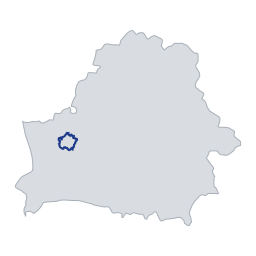 Dzyatlava, Grodno, Belarus shown in context
{"feature_id": "67162791B37208014069458", "entity_name": "Dzyatlava", "entity_type": "district", "adm_level": 2, "iso_a3": "BLR", "parent_name": "Belarus", "parent_adm1": "Grodno", "projection": "mercator", "projection_center": [25.377, 53.437], "detail": "medium", "context": "in_parent", "style": "outline", "palette": "blue", "viewbox_px": 256, "rotation_deg": 0, "n_neighbors": 0, "source": "geoboundaries", "source_scale": "gbopen_adm2", "svg_char_len": 5152}
<svg xmlns="http://www.w3.org/2000/svg" viewBox="0 0 256 256"><path d="M218.3,193.7L213.8,193.4L208.4,193.5L205.4,195.6L202.1,194.6L199.8,195.8L194.5,201.6L192.4,204.7L190.4,209.5L189.2,213.0L189.9,215.5L190.8,217.7L191.1,220.2L191.6,222.1L190.2,223.5L189.5,225.5L187.2,225.2L184.5,223.3L183.9,220.5L181.8,218.5L180.4,217.5L178.1,217.3L174.5,218.2L169.7,218.9L166.0,219.1L164.1,220.1L161.2,221.1L160.0,219.9L158.4,216.8L157.1,213.6L156.2,212.2L155.4,211.8L154.4,211.9L153.3,212.9L152.5,213.9L149.4,215.1L148.1,216.3L146.6,219.2L145.7,219.0L144.7,218.3L143.5,215.0L141.9,214.3L139.4,214.2L136.2,213.5L133.7,212.6L132.8,212.8L131.3,214.2L129.6,214.4L126.0,213.1L125.3,213.7L123.2,217.3L122.3,217.5L121.7,217.0L122.0,213.9L119.9,212.8L116.4,212.6L113.9,213.1L112.7,212.9L112.1,212.3L109.1,207.1L107.5,206.7L104.6,207.0L100.4,206.3L95.5,205.2L92.8,204.7L91.4,203.5L88.4,203.1L80.3,200.9L77.0,200.5L72.2,200.5L64.8,200.0L60.1,200.2L57.9,201.0L55.3,201.4L46.5,202.0L43.4,202.6L42.5,203.8L41.5,206.2L37.8,210.4L34.3,213.2L33.7,213.4L31.6,211.9L29.9,211.4L27.9,211.3L26.5,211.8L25.6,212.4L25.7,215.7L25.5,216.0L24.0,212.1L24.1,208.7L25.0,206.7L26.0,204.9L25.6,202.2L26.6,198.6L26.6,196.0L26.2,194.9L25.4,193.6L23.1,192.2L22.1,191.0L19.0,189.5L15.9,187.7L15.4,186.5L15.5,185.7L16.0,184.6L18.4,181.0L20.9,177.6L22.6,176.3L31.2,171.9L32.5,170.4L32.9,167.7L32.7,162.5L32.2,157.7L31.5,154.3L29.9,148.1L25.4,135.1L22.7,121.5L24.4,122.3L28.6,122.6L31.8,121.6L33.5,121.5L35.1,121.8L39.4,121.0L40.4,122.2L42.4,123.3L46.2,121.8L49.5,119.8L53.0,120.1L53.5,119.1L54.4,114.2L55.4,113.2L59.6,113.7L61.1,112.8L62.7,110.4L65.2,108.9L67.2,108.9L69.4,107.2L70.4,108.3L70.9,110.4L70.2,112.0L70.5,112.6L72.0,113.4L74.6,113.4L76.2,112.7L76.6,111.8L76.6,110.1L76.2,108.6L75.1,107.2L73.1,106.5L71.6,106.5L71.4,105.6L71.9,103.8L73.1,100.4L74.7,97.4L75.6,96.2L75.8,95.1L75.6,93.3L75.5,89.9L76.9,85.2L78.8,81.7L81.3,80.5L84.3,79.9L86.2,78.2L87.2,76.3L88.0,73.2L89.0,72.6L96.3,73.0L97.4,69.9L98.0,69.1L99.5,68.1L100.4,67.1L100.1,66.2L98.2,65.7L93.8,65.2L92.9,64.2L93.2,63.0L94.4,59.8L95.5,55.7L96.1,52.5L96.1,50.6L96.8,50.1L100.3,49.5L101.5,48.9L104.6,44.5L107.0,43.8L113.0,44.9L115.8,44.8L119.4,45.1L119.7,44.7L120.9,40.4L126.9,33.4L130.1,31.0L132.1,30.5L132.8,30.6L136.1,34.3L136.8,34.4L139.0,32.9L142.7,32.7L144.4,34.0L146.9,38.5L148.1,39.1L151.7,36.5L153.7,35.7L155.0,35.7L161.8,39.2L162.3,40.3L162.4,41.6L161.3,45.7L162.7,48.2L164.4,49.9L167.9,47.1L169.2,46.3L170.6,46.3L172.4,45.3L173.8,43.7L175.1,43.2L177.6,43.5L182.1,43.2L187.4,45.6L187.8,46.4L190.5,49.2L191.4,50.7L192.3,51.1L193.7,52.5L195.5,53.4L196.8,53.1L197.5,53.6L198.0,54.7L198.1,56.6L197.9,61.9L196.0,64.7L195.8,65.7L195.8,66.8L197.3,69.1L199.3,72.7L199.7,74.7L199.7,76.3L197.1,80.8L196.2,81.8L195.6,84.1L195.3,86.3L195.5,87.2L199.9,90.8L203.1,92.8L203.8,93.7L203.9,94.3L202.2,98.1L202.0,99.1L204.6,100.7L206.0,103.2L207.3,107.3L209.8,111.1L218.9,116.8L219.7,117.8L220.0,119.0L219.7,121.6L218.1,126.6L219.6,127.4L223.7,127.2L228.6,127.8L234.5,131.3L234.5,132.9L233.9,134.3L234.3,135.9L235.0,137.1L240.1,141.1L240.6,142.2L240.6,144.1L240.5,145.5L239.1,145.8L237.5,146.4L234.9,148.1L233.9,150.5L229.8,153.7L227.2,155.2L225.2,155.2L220.3,154.6L218.6,153.0L217.9,151.5L216.0,150.8L213.5,150.8L210.1,151.0L209.4,151.5L208.8,153.3L207.4,156.4L206.3,158.1L210.7,164.2L212.9,166.7L213.6,168.2L213.5,169.3L212.5,170.5L212.7,173.1L214.8,176.5L214.1,177.0L213.9,181.1L213.9,185.5L214.4,186.6L215.6,187.5L216.5,189.1L218.2,192.7L218.3,193.7Z" fill="#d9dde1" stroke="#a8b0b8" stroke-width="1"/><path d="M68.5,133.0L66.9,132.9L66.8,133.0L67.1,133.6L66.0,134.1L65.7,134.8L65.1,135.2L64.8,136.0L64.6,136.2L64.0,136.5L63.4,136.6L62.9,137.0L62.4,137.0L62.3,137.3L62.4,137.8L62.2,138.0L61.9,138.2L61.8,138.4L61.9,138.9L61.8,139.4L61.6,139.4L61.4,139.3L61.4,138.3L61.4,138.1L61.3,137.6L61.0,137.6L60.8,137.8L60.5,137.6L60.2,137.9L59.1,138.0L58.8,138.3L59.1,138.7L58.9,139.0L58.7,139.4L58.8,140.3L59.2,140.6L59.8,140.7L60.0,141.2L60.0,141.4L59.5,141.5L59.7,142.5L59.7,143.3L59.5,143.7L59.1,143.9L59.3,144.2L59.2,144.5L59.5,145.0L59.4,145.7L59.6,146.1L59.9,146.5L59.9,146.8L60.3,147.4L61.4,148.0L62.0,148.6L62.6,148.6L62.7,148.8L63.0,148.9L63.2,148.6L63.6,148.5L63.7,148.3L63.6,148.1L63.7,147.9L64.1,147.8L64.3,147.2L64.9,147.2L65.2,147.2L65.6,147.8L67.2,147.9L67.3,148.3L67.4,148.9L67.7,149.2L68.3,149.3L68.5,149.8L68.8,150.1L69.4,150.1L70.2,149.7L70.6,149.3L70.7,149.1L70.7,148.8L71.0,148.6L71.1,148.4L71.3,148.3L71.8,149.1L72.5,149.5L72.6,148.8L73.1,148.0L73.1,147.8L72.8,147.4L73.8,147.0L73.8,146.5L74.1,145.9L74.0,145.4L73.9,145.2L73.9,144.9L74.0,144.6L74.5,144.2L74.8,143.7L75.2,143.4L75.1,142.7L75.2,142.4L75.6,141.9L75.8,141.1L76.4,140.9L76.6,140.2L76.9,140.1L77.0,139.8L76.9,139.4L76.9,139.2L77.0,139.1L76.9,138.9L76.7,138.8L75.7,138.8L75.6,138.5L75.3,138.3L74.5,138.4L74.2,138.1L73.4,138.0L73.1,137.8L73.2,137.5L73.6,137.3L73.7,137.0L73.7,136.7L74.1,136.1L74.0,135.9L72.7,135.9L71.8,135.6L71.7,135.3L71.7,135.0L71.6,134.7L71.4,134.6L71.2,134.7L71.1,135.5L70.8,135.8L70.3,135.8L69.7,135.6L69.6,135.4L69.6,135.0L69.4,134.8L68.4,134.7L68.2,134.4L68.3,134.0L68.5,133.6L68.5,133.0Z" fill="none" stroke="#1e3a8a" stroke-width="2"/></svg>